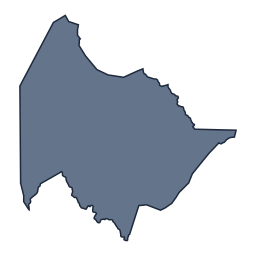 Errard, Praslin, Saint Lucia (Natural Earth projection)
{"feature_id": "8701671B19150990882958", "entity_name": "Errard", "entity_type": "district", "adm_level": 2, "iso_a3": "LCA", "parent_name": "Saint Lucia", "parent_adm1": "Praslin", "projection": "natural_earth1", "projection_center": [-60.937, 13.893], "detail": "fine", "context": "isolated", "style": "filled", "palette": "slate", "viewbox_px": 256, "rotation_deg": 0, "n_neighbors": 0, "source": "geoboundaries", "source_scale": "gbopen_adm2", "svg_char_len": 5511}
<svg xmlns="http://www.w3.org/2000/svg" viewBox="0 0 256 256"><path d="M129.6,234.4L138.8,205.6L139.0,205.5L141.1,205.4L146.5,204.8L160.5,210.2L165.0,208.0L171.7,203.4L175.7,197.9L179.0,192.6L188.7,182.9L192.3,173.9L202.9,160.7L205.5,157.6L208.8,153.5L210.6,151.6L218.1,143.7L218.6,143.0L218.7,142.9L220.2,143.6L220.7,143.8L221.3,143.8L222.3,143.1L222.7,142.7L223.7,142.6L224.7,141.9L226.5,139.7L229.5,137.8L231.6,137.3L233.9,137.2L234.4,137.1L236.1,130.2L194.8,129.2L194.2,128.6L193.9,128.0L193.1,127.2L192.9,126.7L193.1,126.3L194.0,125.7L194.3,125.1L194.4,124.7L194.2,124.3L193.4,123.9L192.7,123.7L192.4,123.0L190.8,120.1L190.6,119.0L190.4,118.3L190.2,118.0L189.6,117.7L188.8,117.3L188.7,117.2L188.3,116.4L187.9,115.9L187.3,115.5L186.5,115.1L185.7,114.7L185.5,114.4L185.4,114.1L185.4,113.1L185.2,112.3L184.9,111.6L184.4,110.7L184.0,110.3L183.8,109.3L183.7,108.7L183.5,107.9L183.3,107.3L182.8,107.0L182.2,106.7L181.2,106.7L180.7,106.5L179.4,105.9L178.5,105.9L178.3,105.7L178.1,105.2L177.9,105.0L177.7,104.7L177.2,104.3L177.0,103.8L177.0,103.5L177.7,102.1L177.7,101.7L177.2,100.4L177.1,99.8L177.1,99.5L178.3,98.1L178.2,97.4L178.3,97.2L178.0,96.6L177.9,96.4L177.5,96.1L176.5,96.0L175.6,95.8L175.3,95.4L175.1,95.1L174.6,94.6L174.3,94.3L173.3,94.0L171.8,93.4L171.6,93.0L171.2,92.6L170.1,89.8L169.6,89.1L169.3,88.8L168.8,88.3L168.4,87.6L168.1,87.0L168.0,86.3L168.0,85.2L168.0,84.6L166.2,85.2L164.1,85.8L163.1,85.9L162.6,86.1L162.1,86.3L161.9,86.5L161.4,86.3L160.7,85.8L160.2,85.8L159.8,85.3L159.6,84.9L159.5,83.6L159.2,83.0L159.2,82.9L158.8,82.5L158.2,81.8L158.1,81.6L158.0,81.4L157.7,80.5L157.6,80.2L157.2,79.7L156.8,79.4L156.3,79.1L156.1,79.0L154.8,79.0L154.0,78.9L152.7,78.5L151.1,78.0L148.7,77.3L148.0,77.1L147.7,76.9L147.5,76.7L147.3,76.5L146.6,75.8L146.3,75.4L145.9,74.8L145.7,74.4L145.2,74.1L144.5,73.9L144.3,73.9L143.9,73.2L143.7,72.9L143.5,72.4L143.3,71.3L142.9,68.8L137.0,71.2L123.6,77.3L108.0,74.9L96.9,69.6L85.5,55.9L78.9,45.3L79.3,43.3L79.3,39.7L80.3,38.9L77.5,35.2L77.5,29.9L78.4,24.8L68.6,21.5L65.3,15.4L53.4,22.5L19.9,86.0L20.6,182.0L20.5,182.7L23.7,195.6L23.7,201.6L28.8,209.6L29.1,209.8L29.1,209.6L29.1,208.5L29.0,207.6L29.0,207.1L28.8,206.2L28.7,205.3L28.6,205.0L28.6,204.6L28.7,204.4L28.8,204.2L29.1,203.8L29.3,203.6L29.6,203.4L29.9,203.2L30.2,202.9L30.4,202.5L30.5,202.1L30.6,201.9L30.7,201.7L30.6,201.1L30.3,200.0L30.3,199.3L30.3,199.1L30.4,198.9L30.6,198.6L30.8,198.4L31.5,197.7L33.0,196.5L33.6,196.0L35.3,194.7L36.4,193.7L36.6,193.4L36.9,193.0L37.3,192.3L37.5,191.8L37.5,191.7L37.6,191.3L37.7,191.1L37.9,189.8L38.0,189.0L38.0,188.5L38.1,187.9L38.3,187.5L38.5,187.1L38.9,186.8L39.4,186.5L39.7,186.3L39.8,186.2L40.1,185.5L40.1,185.3L40.1,185.1L40.5,183.7L61.7,171.6L62.1,172.3L62.3,172.7L62.4,173.3L62.5,173.9L62.5,175.2L62.6,175.5L63.6,176.2L64.2,176.6L65.6,177.2L65.8,177.3L65.9,177.8L66.1,179.1L66.1,179.6L66.3,180.5L66.5,181.0L66.8,181.7L67.8,183.4L69.2,186.4L69.3,186.6L69.5,186.8L69.9,187.0L70.1,187.1L70.9,187.2L71.2,187.3L71.5,187.4L71.8,187.7L72.0,188.0L72.1,188.3L72.2,189.1L72.2,189.5L72.6,190.9L72.6,191.5L72.6,191.8L72.4,192.7L72.1,193.4L71.9,193.8L71.8,194.2L71.7,194.9L71.7,195.1L71.7,195.3L71.9,195.5L72.4,195.7L73.0,196.2L73.6,196.7L74.2,197.3L74.5,197.5L75.0,197.5L75.1,197.4L75.5,197.4L75.9,197.4L76.0,197.4L76.3,197.6L76.5,197.9L76.6,198.1L76.7,198.3L77.0,199.1L77.7,200.5L77.8,200.9L77.8,201.0L78.1,202.1L78.5,202.6L78.7,202.8L79.2,203.5L79.5,204.0L79.6,205.1L79.7,205.4L79.8,205.6L80.1,206.0L80.5,206.5L80.8,206.9L81.0,207.3L81.2,207.6L81.4,207.8L81.9,208.0L82.5,208.2L83.0,208.2L83.4,208.3L83.6,208.3L85.3,209.1L85.7,209.1L86.1,209.1L86.3,209.0L86.5,208.8L86.7,208.1L86.9,207.6L87.0,207.5L87.2,207.4L87.4,207.1L87.6,206.8L87.7,206.3L88.2,206.0L88.4,205.8L88.6,205.7L88.8,205.7L88.9,205.8L89.2,206.3L89.4,206.4L89.7,206.6L90.0,206.6L90.7,205.9L91.0,205.5L91.2,205.4L92.0,205.4L92.3,205.5L92.7,205.8L92.9,206.2L93.0,206.3L93.1,206.6L93.1,207.0L92.9,208.0L92.8,209.2L92.7,209.9L92.7,210.7L92.9,211.6L93.0,211.7L93.0,211.8L93.5,212.1L93.9,212.1L94.3,212.2L94.7,212.3L95.1,212.4L95.5,212.5L95.8,212.7L96.1,213.1L96.3,213.4L96.4,213.6L96.4,213.8L96.2,214.2L95.6,215.0L94.8,216.1L94.6,216.5L94.4,217.1L94.2,217.8L94.1,218.2L94.1,218.4L94.3,218.8L94.5,219.0L94.9,219.1L95.3,219.3L95.9,220.0L96.4,220.6L97.1,221.8L97.3,222.0L97.7,222.4L98.2,222.6L98.5,222.7L98.9,222.7L99.4,222.7L99.7,222.5L100.0,222.2L100.1,221.7L100.6,220.5L100.9,219.9L101.0,219.7L101.6,219.5L102.1,219.4L102.5,219.3L103.6,219.2L104.0,219.3L104.6,219.5L105.0,219.5L105.2,219.3L105.5,218.8L106.0,218.7L106.3,218.7L106.7,218.7L107.2,218.8L107.6,218.9L108.1,219.2L108.6,219.5L108.8,219.6L109.2,219.7L109.8,219.8L110.1,219.8L110.6,219.7L111.3,219.6L111.8,219.8L112.1,219.8L112.3,219.9L112.4,220.0L112.6,220.4L112.9,221.4L113.0,221.6L113.2,221.8L114.2,222.7L114.5,223.1L114.8,223.5L115.1,224.0L115.6,224.9L116.2,225.9L116.6,226.4L117.0,226.9L117.4,227.4L117.7,228.3L117.8,228.4L117.9,228.6L118.3,228.9L119.3,229.5L119.5,229.6L119.9,230.3L120.0,230.6L120.2,231.4L120.3,232.2L120.7,234.0L120.8,235.9L121.0,236.4L121.3,236.7L121.6,236.8L121.9,237.0L122.1,237.0L122.7,237.0L123.1,236.9L123.8,236.9L124.2,237.0L124.3,237.1L124.5,237.4L124.5,237.9L124.4,238.2L124.1,238.5L124.0,238.9L124.0,239.3L124.1,239.6L124.2,239.8L124.3,239.9L124.6,240.0L125.2,240.3L125.5,240.4L126.3,240.6L126.6,240.6L127.0,240.6L127.3,240.4L127.6,240.1L127.6,238.9L127.8,237.9L127.8,237.5L128.0,236.9L128.3,236.5L128.5,236.2L128.5,235.7L128.6,235.1L128.8,234.7L129.3,234.5L129.6,234.4Z" fill="#64748b" stroke="#1e293b" stroke-width="1.5"/></svg>